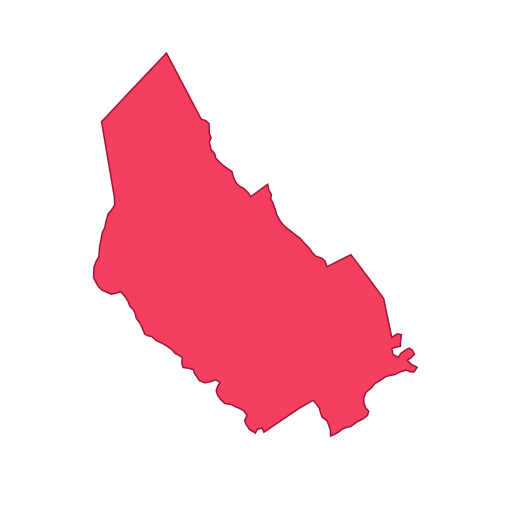 outline of Milagres, Bahia, Brazil, rotated 16°
{"feature_id": "56859067B28401413745229", "entity_name": "Milagres", "entity_type": "district", "adm_level": 2, "iso_a3": "BRA", "parent_name": "Brazil", "parent_adm1": "Bahia", "projection": "mercator", "projection_center": [-39.773, -12.883], "detail": "fine", "context": "isolated", "style": "filled", "palette": "rose", "viewbox_px": 512, "rotation_deg": 16, "n_neighbors": 0, "source": "geoboundaries", "source_scale": "gbopen_adm2", "svg_char_len": 2182}
<svg xmlns="http://www.w3.org/2000/svg" viewBox="0 0 512 512"><g transform="rotate(16 256 256)"><path d="M441.5,318.5L435.5,317.5L430.1,314.6L433.3,310.7L435.4,306.8L432.4,303.5L428.6,302.3L425.0,306.0L422.0,309.9L420.8,314.2L414.7,312.8L412.1,307.4L415.7,305.0L419.7,303.1L418.2,296.8L417.5,291.5L413.2,292.0L408.9,296.7L390.4,261.7L372.4,247.8L346.8,228.6L327.1,246.8L324.0,242.1L320.4,240.1L313.5,239.6L309.2,237.3L305.3,234.0L298.2,229.9L292.8,226.4L289.0,225.2L285.4,223.7L278.7,221.0L274.3,219.0L269.2,215.3L264.4,210.6L262.2,206.6L257.2,199.8L254.4,197.2L254.0,192.8L250.0,188.9L247.5,183.9L234.5,200.5L231.5,197.6L225.5,194.4L220.8,193.5L216.6,191.0L212.8,186.9L209.6,181.5L204.3,179.7L199.5,178.0L195.5,176.0L190.5,173.2L188.0,168.9L183.5,166.2L179.7,159.4L180.3,154.7L177.5,151.5L176.1,147.1L174.4,141.8L170.4,139.7L165.7,139.7L114.0,85.6L89.8,132.0L73.3,164.2L70.5,169.4L103.9,239.0L106.1,246.2L104.1,252.4L102.3,255.9L102.3,260.9L102.4,265.6L102.8,270.2L101.8,276.3L102.6,283.5L103.2,291.1L104.5,296.5L105.1,300.4L103.9,304.6L103.3,311.1L104.6,316.5L105.9,321.7L110.3,326.4L113.9,329.5L117.6,331.3L122.6,332.0L127.4,332.6L131.3,330.5L136.0,327.7L141.4,331.2L145.4,334.7L148.5,338.9L153.3,341.8L155.7,344.6L158.1,348.9L162.9,352.4L166.1,356.1L170.6,361.7L174.2,362.5L178.2,362.2L183.5,364.8L190.1,365.8L196.1,367.4L201.3,369.3L204.9,371.8L208.8,372.6L213.0,373.8L214.4,379.8L216.6,383.3L222.2,382.5L227.3,382.5L229.2,385.8L233.1,388.9L235.9,391.4L241.9,392.0L247.0,389.3L251.4,386.2L256.2,387.4L255.1,391.6L254.8,396.2L257.4,400.3L261.6,403.8L267.0,406.4L273.3,405.6L278.7,406.7L282.5,407.0L286.9,408.1L291.3,411.8L290.4,417.1L292.6,420.3L297.6,424.6L304.2,426.4L304.9,422.4L309.2,419.6L312.2,423.2L339.9,390.0L350.6,379.0L354.8,381.5L359.1,385.2L361.5,389.3L364.1,392.8L369.8,394.9L372.8,399.0L375.2,402.3L377.4,408.5L380.4,406.0L383.2,403.3L386.5,398.8L390.4,395.7L394.2,393.7L398.8,387.6L403.9,382.9L407.1,378.6L407.1,374.2L403.4,371.8L400.5,368.0L398.8,363.3L399.2,356.9L403.1,351.2L405.5,345.8L409.3,341.8L413.9,336.3L418.2,333.6L422.0,331.8L426.2,327.9L431.9,324.2L436.3,324.8L439.9,323.9L441.5,318.5Z" fill="#f43f5e" stroke="#9f1239" stroke-width="1.5"/></g></svg>